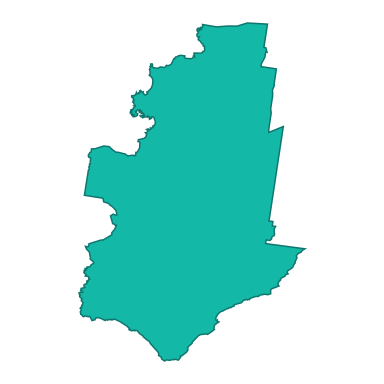 outline of Colac Otway, Victoria, Australia
{"feature_id": "25037944B58594911461534", "entity_name": "Colac Otway", "entity_type": "district", "adm_level": 2, "iso_a3": "AUS", "parent_name": "Australia", "parent_adm1": "Victoria", "projection": "natural_earth1", "projection_center": [143.55, -38.439], "detail": "fine", "context": "isolated", "style": "filled", "palette": "teal", "viewbox_px": 384, "rotation_deg": 0, "n_neighbors": 0, "source": "geoboundaries", "source_scale": "gbopen_adm2", "svg_char_len": 5892}
<svg xmlns="http://www.w3.org/2000/svg" viewBox="0 0 384 384"><path d="M202.5,24.5L202.8,26.3L202.0,27.1L201.6,28.8L200.9,27.5L200.4,27.4L200.0,28.1L200.2,29.6L199.3,30.6L198.7,30.0L198.8,28.5L198.4,28.1L197.0,29.3L197.1,30.9L198.2,32.0L197.9,33.4L197.1,33.9L196.9,35.4L197.4,36.8L199.4,36.9L198.5,38.2L198.2,39.7L200.0,41.0L201.9,43.6L202.7,43.9L203.4,46.1L204.4,46.2L204.7,50.3L204.4,51.0L202.8,51.5L202.6,52.4L200.9,53.2L194.1,53.0L193.8,53.6L194.5,55.0L194.1,55.8L194.5,56.6L193.4,56.0L193.1,57.7L191.4,58.7L185.5,58.4L184.5,57.3L185.0,56.0L184.4,55.8L180.3,55.3L177.8,56.1L176.8,57.0L175.6,57.0L174.7,58.6L173.9,58.6L171.4,64.0L168.9,65.6L166.3,65.4L165.2,67.1L164.2,67.5L160.5,66.9L157.4,68.4L153.3,67.6L152.3,66.6L152.6,65.0L152.2,63.9L150.7,64.0L150.7,65.4L150.1,66.4L150.7,66.5L150.7,67.3L149.4,69.5L149.9,70.2L150.2,73.5L149.3,75.2L150.1,75.4L150.3,76.3L151.5,77.0L152.5,78.7L152.9,81.0L152.5,84.9L151.2,88.2L147.9,91.6L146.8,92.0L147.1,93.1L147.7,92.6L147.7,93.3L146.1,94.8L144.7,94.8L143.1,93.0L143.3,91.8L142.1,92.2L140.6,90.5L140.3,91.1L139.9,90.7L139.7,90.8L140.2,92.2L139.0,92.5L139.4,92.9L138.9,93.5L137.2,93.8L136.7,92.9L136.7,93.4L136.1,93.2L135.7,94.8L134.3,95.2L134.1,95.8L131.9,95.6L131.5,96.1L132.0,97.6L133.1,97.6L133.4,99.5L134.1,99.8L133.8,101.0L133.0,101.1L133.2,101.7L132.8,102.1L133.7,102.6L133.8,103.6L134.6,104.5L134.3,105.1L135.2,105.8L134.9,106.5L134.3,106.4L134.6,106.7L134.4,107.3L133.2,108.2L132.9,109.7L132.2,110.1L131.5,109.5L131.0,109.7L130.9,110.2L131.4,109.8L131.8,110.4L131.6,111.8L130.8,111.4L130.2,112.0L130.3,112.7L130.7,112.1L131.7,113.0L131.3,113.3L131.6,114.9L132.8,114.9L133.1,114.4L134.0,114.8L133.4,115.4L133.9,115.5L133.9,116.4L132.9,116.4L133.2,116.8L135.4,116.5L137.4,115.4L137.7,113.8L135.9,112.7L135.5,111.6L135.8,111.1L136.6,111.3L137.2,110.1L140.3,109.8L140.6,110.3L140.2,111.0L139.7,110.7L139.0,111.4L139.3,112.3L141.4,111.6L141.2,112.5L142.0,112.6L141.4,113.5L143.4,113.5L144.1,114.5L143.4,114.6L144.1,115.8L143.8,116.3L143.1,115.4L140.2,115.9L141.2,116.9L141.9,116.7L142.8,117.8L145.0,116.8L146.6,116.9L147.7,116.1L147.9,117.0L148.7,116.5L149.6,116.9L149.2,118.1L149.7,118.4L149.6,119.2L150.5,118.9L150.7,118.1L151.5,118.2L151.7,116.8L152.5,116.7L153.9,117.6L155.3,121.4L155.0,124.7L152.9,126.0L153.6,126.5L153.1,127.5L152.2,127.5L151.4,128.6L150.4,127.9L150.0,129.9L149.0,129.8L148.2,128.9L146.7,129.4L148.2,130.3L147.4,130.8L147.6,131.3L146.8,132.7L145.4,132.8L146.7,134.5L145.6,137.2L143.7,138.5L138.4,139.7L138.0,141.6L139.3,141.8L139.9,142.4L139.6,148.0L137.5,151.7L136.6,152.5L135.9,152.4L135.5,155.7L132.4,155.2L127.7,156.0L125.4,154.1L117.8,152.2L116.2,152.3L112.8,150.0L109.2,146.6L103.7,146.0L94.9,148.8L91.5,148.8L91.1,152.0L89.9,152.5L88.3,155.1L88.5,156.6L89.2,157.6L90.1,157.4L90.8,158.0L90.2,161.2L90.4,163.5L90.2,164.0L89.5,164.0L89.5,166.4L89.0,166.6L88.9,167.3L89.4,168.5L88.4,170.1L84.4,195.3L102.9,198.2L103.7,201.9L108.6,203.4L109.4,204.6L112.7,206.9L116.0,210.6L116.9,215.0L115.2,215.0L113.2,214.1L110.5,215.9L112.7,223.7L114.2,224.1L115.3,225.3L116.3,225.2L114.9,228.9L111.7,232.9L111.9,234.7L103.3,239.9L100.8,240.1L89.0,243.8L88.4,246.5L87.9,246.8L85.4,246.4L86.7,249.3L89.3,252.0L90.4,257.4L90.2,259.0L93.5,262.0L93.7,263.2L91.2,264.8L89.8,266.8L87.3,267.1L86.9,266.4L87.2,268.1L86.5,268.0L86.0,268.8L85.0,268.6L85.1,269.5L85.7,269.5L85.3,270.0L85.9,270.2L84.9,271.0L84.2,270.6L84.1,271.7L84.6,271.4L84.7,271.9L84.0,272.8L86.3,274.7L85.3,276.0L88.1,276.5L88.8,277.1L88.9,278.6L89.5,279.0L88.6,279.2L88.5,280.4L87.3,280.8L87.8,281.3L87.2,281.7L87.7,282.0L86.8,281.9L86.8,283.5L84.0,284.7L84.0,286.1L84.9,287.5L81.2,288.4L81.6,289.0L80.6,290.1L80.8,290.7L81.3,290.3L82.8,292.1L80.7,292.8L80.0,292.4L79.1,292.7L79.4,294.6L80.3,295.4L79.7,295.8L79.7,296.9L82.2,298.9L81.3,299.9L81.3,300.7L83.0,302.7L82.7,304.3L81.7,305.5L81.9,306.8L81.5,307.4L80.6,307.4L80.2,308.4L81.0,308.8L81.3,310.0L80.3,311.8L80.8,314.3L81.4,314.3L82.9,316.5L83.9,316.7L84.8,315.9L88.4,316.7L89.9,316.5L92.0,320.6L95.1,319.7L95.0,319.0L95.9,318.1L97.3,317.6L100.3,318.1L105.1,320.5L106.1,319.6L107.3,320.2L108.8,319.5L111.6,319.9L111.5,319.3L112.9,319.7L114.5,319.1L119.8,321.5L126.8,326.0L129.1,328.2L129.0,329.7L129.5,330.0L130.2,329.4L131.2,330.8L133.0,330.6L133.5,330.0L135.0,330.4L135.0,330.8L135.9,330.4L137.4,330.8L139.3,333.4L142.7,335.7L143.5,337.0L147.3,340.2L149.2,341.3L150.4,343.6L158.2,352.3L158.8,354.1L158.5,355.4L160.6,356.7L161.5,357.6L161.6,358.9L164.4,361.0L166.8,359.9L169.7,360.3L173.2,359.5L173.9,359.8L174.9,359.2L178.4,360.1L180.6,357.2L180.4,356.0L181.7,355.9L186.5,352.2L188.0,349.9L187.6,348.4L188.4,346.5L191.5,343.9L192.3,342.9L192.1,342.3L198.2,335.9L200.2,334.7L206.0,333.9L207.6,334.4L213.0,330.7L214.5,329.3L213.8,328.6L214.7,324.8L218.9,321.9L217.1,321.1L217.2,320.4L216.8,320.8L216.1,320.3L215.8,318.8L216.1,317.0L218.2,313.8L220.6,311.7L222.8,311.0L226.8,308.7L228.4,308.5L228.9,307.6L230.8,307.7L232.7,306.4L234.0,306.2L234.0,305.1L234.6,304.6L241.5,302.7L243.7,300.1L245.0,300.1L246.1,299.3L247.5,300.0L248.7,299.3L249.5,299.6L250.1,298.4L255.8,296.4L258.2,296.5L261.0,294.6L262.5,294.9L263.8,294.1L267.7,294.7L270.7,293.8L270.6,290.4L271.2,289.0L279.0,286.0L278.2,285.1L278.0,284.0L278.6,281.9L280.6,280.0L280.4,279.4L281.3,278.1L284.8,276.3L285.9,274.6L288.1,273.8L287.4,273.0L287.2,271.3L292.6,267.5L294.1,264.2L295.2,262.9L295.1,261.8L297.0,257.7L296.3,255.9L297.1,254.7L298.5,253.3L301.0,252.2L302.4,250.3L304.9,248.8L265.6,243.6L266.2,239.9L269.9,240.5L271.6,239.0L271.5,238.3L272.3,236.4L274.0,235.7L274.5,234.8L274.2,228.8L275.6,226.4L272.3,226.0L272.9,221.5L269.0,221.0L283.3,126.5L268.7,132.5L268.8,129.0L271.2,113.1L270.7,108.6L272.7,95.5L272.5,89.7L274.3,85.7L274.1,84.0L276.4,68.9L261.0,66.6L261.4,63.7L264.9,57.2L265.7,52.1L267.1,52.3L265.8,47.7L263.9,47.4L267.5,24.1L247.2,23.0L237.2,26.1L228.0,26.0L216.6,26.9L202.5,24.5Z" fill="#14b8a6" stroke="#0f766e" stroke-width="1.5"/></svg>